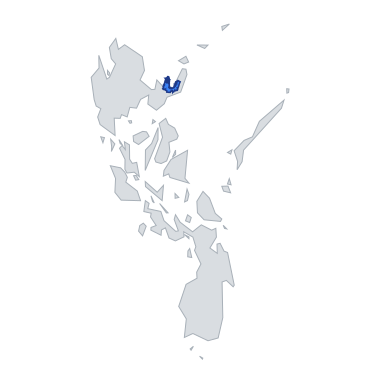 Zamboanga Sibugay, Zamboanga Sibugay, Philippines shown in context, rotated 179°
{"feature_id": "2640588B82865823535715", "entity_name": "Zamboanga Sibugay", "entity_type": "district", "adm_level": 2, "iso_a3": "PHL", "parent_name": "Philippines", "parent_adm1": "Zamboanga Sibugay", "projection": "robinson", "projection_center": [122.765, 7.61], "detail": "fine", "context": "in_parent", "style": "filled", "palette": "blue", "viewbox_px": 384, "rotation_deg": 179, "n_neighbors": 0, "source": "geoboundaries", "source_scale": "gbopen_adm2", "svg_char_len": 8380}
<svg xmlns="http://www.w3.org/2000/svg" viewBox="0 0 384 384"><g transform="rotate(179 192 192)"><path d="M178.6,43.0L193.6,50.5L202.2,46.7L199.9,65.2L207.3,77.8L199.5,99.8L188.5,105.7L188.7,111.8L184.3,119.9L190.5,133.6L189.1,137.2L191.9,146.9L201.0,152.4L200.8,147.3L209.5,143.4L215.8,146.4L219.2,156.6L223.2,154.6L223.7,149.3L233.8,154.6L233.6,157.3L228.4,159.1L233.9,167.8L233.2,171.5L240.5,173.3L238.8,184.2L235.1,181.4L236.5,176.1L223.5,173.1L220.5,163.8L208.9,152.9L206.3,153.4L210.3,164.9L208.9,169.6L204.4,162.0L192.1,152.2L183.3,159.0L173.0,153.5L168.8,155.3L168.4,146.4L175.1,135.7L167.8,130.2L167.9,139.5L164.8,140.2L161.0,132.3L157.5,130.9L151.4,98.1L152.5,96.5L159.2,103.0L163.5,101.5L163.4,65.9L168.4,45.6L178.6,43.0ZM267.9,249.8L282.7,261.0L285.0,268.6L281.7,276.9L286.3,279.6L288.2,286.1L290.8,308.4L282.8,317.6L282.8,330.3L275.2,306.4L272.5,308.1L266.1,321.4L270.4,326.7L272.1,338.0L265.5,346.9L263.1,335.9L256.8,340.4L239.3,328.1L237.4,314.3L242.0,304.9L230.8,295.1L227.3,295.3L225.2,304.7L219.1,297.8L213.9,301.8L212.9,297.3L209.3,296.4L199.5,315.4L195.9,314.9L195.0,309.5L201.6,292.1L215.3,287.2L218.2,280.7L226.1,274.4L234.6,280.7L233.6,289.7L241.8,285.5L246.0,276.8L252.7,277.7L255.5,268.2L261.1,270.6L262.5,266.9L268.5,267.2L267.9,249.8ZM223.7,261.1L217.0,266.1L214.4,260.0L208.2,256.2L204.8,248.3L206.3,245.1L214.2,242.1L213.4,232.4L216.8,223.5L222.4,221.0L227.6,222.6L228.8,225.9L220.5,247.3L223.7,261.1ZM263.0,185.1L269.1,193.0L268.2,206.9L273.2,219.7L262.9,217.4L258.8,212.9L256.4,207.8L258.0,203.0L246.7,193.9L243.6,184.2L263.0,185.1ZM194.9,200.9L213.8,206.9L215.0,210.5L220.4,208.3L219.6,214.1L212.4,224.9L195.7,233.8L198.8,205.8L194.9,200.9ZM123.4,261.5L98.4,282.3L101.1,274.2L139.7,233.0L141.4,221.4L146.5,213.5L145.9,221.9L149.2,232.5L139.0,242.7L130.6,246.1L123.4,261.5ZM164.0,162.1L180.4,164.0L186.9,171.1L187.3,182.6L181.0,192.4L174.6,185.5L169.1,170.2L162.7,164.5L164.0,162.1ZM249.4,212.8L256.7,212.1L258.7,215.9L258.4,225.8L263.7,237.0L261.1,239.7L257.9,235.6L258.7,243.4L253.7,240.2L253.8,225.9L251.2,221.7L246.8,222.6L244.4,208.3L249.4,212.8ZM224.8,257.0L225.1,244.9L238.4,214.4L237.8,234.8L231.5,241.2L224.8,257.0ZM249.9,249.1L240.2,253.5L236.4,252.9L233.9,248.4L244.6,240.4L249.5,243.5L249.9,249.1ZM222.0,183.9L238.4,198.2L238.6,203.3L226.8,192.4L220.4,199.2L222.0,183.9ZM244.8,159.4L241.2,161.7L238.4,158.6L242.2,149.0L246.1,153.8L244.8,159.4ZM203.2,323.5L195.7,327.8L193.1,322.0L197.8,320.2L203.2,323.5ZM153.4,190.5L160.4,192.3L162.1,197.2L155.9,197.3L153.4,190.5ZM194.9,161.5L199.0,163.3L196.8,169.3L193.2,166.5L194.9,161.5ZM176.8,335.3L184.5,338.9L173.5,338.6L176.8,335.3ZM272.4,246.2L268.3,241.4L271.9,233.9L271.5,238.4L272.4,246.2ZM199.6,182.2L196.9,195.0L195.1,189.7L196.7,183.5L199.6,182.2ZM158.8,353.1L159.3,357.0L151.7,359.3L158.8,353.1ZM197.4,127.3L197.1,133.1L195.3,135.5L193.4,126.5L197.4,127.3ZM211.0,226.9L207.7,234.2L207.7,230.0L211.0,226.9ZM156.4,199.4L154.5,204.7L152.8,198.5L156.4,199.4ZM250.1,209.3L247.5,209.5L245.0,205.3L248.1,204.8L250.1,209.3ZM209.0,186.0L209.0,190.8L205.3,186.8L209.0,186.0ZM282.3,248.8L278.6,247.9L280.2,242.8L282.3,248.8ZM218.0,171.5L224.6,181.1L216.3,171.6L218.0,171.5ZM155.8,230.9L151.3,233.5L152.6,229.2L155.8,230.9ZM230.6,261.0L229.8,265.1L227.3,263.0L230.6,261.0ZM231.6,183.2L233.1,188.9L229.9,181.7L231.6,183.2ZM95.5,293.6L93.2,293.3L93.7,289.7L95.4,289.2L95.5,293.6ZM254.3,264.2L251.4,264.4L251.1,262.2L252.8,261.8L254.3,264.2ZM274.4,315.1L272.3,312.5L273.0,309.9L274.4,311.1L274.4,315.1ZM160.1,155.0L161.4,158.2L157.9,154.5L160.1,155.0ZM262.9,241.5L264.1,245.7L260.9,240.5L262.9,241.5ZM196.6,35.1L193.3,37.7L195.7,33.8L196.6,35.1ZM200.3,149.6L195.8,147.1L195.9,145.4L200.3,149.6ZM184.5,24.7L187.3,27.7L184.1,25.7L184.5,24.7Z" fill="#d9dde1" stroke="#a8b0b8" stroke-width="1"/><path d="M202.2,302.5L202.2,302.3L202.5,302.2L202.7,302.8L203.0,303.1L203.8,303.5L203.9,303.4L204.0,303.3L204.1,303.1L204.3,302.8L204.6,302.7L204.6,302.8L204.8,302.6L205.0,302.4L205.0,302.5L204.9,302.7L204.9,302.8L205.2,302.4L205.3,302.4L205.2,302.3L205.3,302.2L205.4,302.3L205.5,302.0L205.8,301.7L205.5,301.7L205.8,301.4L205.9,301.7L206.0,301.4L206.2,301.6L206.1,301.8L205.8,302.3L205.5,302.5L205.9,302.5L206.1,302.1L206.3,302.1L206.4,301.7L206.6,301.7L206.7,301.2L206.9,301.0L207.0,300.7L206.9,300.7L206.9,300.8L206.6,300.8L206.3,300.8L206.4,300.7L206.0,301.0L205.9,301.0L205.6,300.9L205.4,300.6L205.6,300.6L205.7,300.3L205.8,300.1L206.2,299.8L206.3,299.7L206.3,299.4L206.7,299.5L206.4,299.2L206.5,299.1L206.5,298.9L206.8,298.8L206.8,298.6L206.8,298.4L207.0,298.3L207.1,298.0L207.4,298.0L207.3,297.8L207.5,297.7L207.8,297.1L208.2,297.0L208.2,296.8L208.3,296.7L208.5,296.9L208.6,296.7L209.0,296.6L209.1,296.4L209.3,296.3L209.4,296.5L209.4,296.4L209.3,296.2L209.8,296.0L210.1,295.8L210.3,295.9L210.4,296.0L210.5,296.3L210.6,296.2L210.5,295.9L210.6,296.0L210.7,295.9L210.8,295.8L210.9,296.0L211.1,295.8L211.2,296.1L211.2,295.9L211.4,295.9L211.6,296.3L211.9,296.4L211.9,296.6L212.2,296.4L212.2,296.6L212.7,296.6L212.8,296.4L213.1,296.6L213.3,296.9L213.2,297.0L213.4,297.4L213.3,297.2L213.0,297.3L213.2,297.5L213.1,297.8L212.9,297.9L212.9,298.1L212.7,298.4L212.8,298.6L212.8,298.9L213.0,299.3L212.8,299.8L212.9,300.1L212.8,300.4L212.9,300.5L213.0,300.4L213.1,300.5L213.3,300.7L213.3,300.9L213.5,301.1L213.4,301.2L213.6,301.6L213.6,301.8L213.6,302.0L213.4,302.1L213.1,301.9L213.2,301.7L212.8,301.6L212.8,301.8L212.8,302.3L212.7,302.4L212.6,303.2L213.0,302.8L213.2,302.7L213.2,303.0L213.4,303.0L213.5,303.2L213.4,303.5L213.3,303.8L213.3,304.0L213.7,303.8L213.8,303.8L213.9,304.0L214.2,303.5L214.4,303.6L214.5,303.3L214.6,303.2L214.6,302.8L214.3,302.7L214.2,302.5L214.3,302.4L214.8,302.3L214.9,301.6L215.2,301.5L215.5,301.6L215.7,301.9L215.7,302.2L215.8,302.4L215.9,302.5L216.0,302.5L216.1,303.0L216.3,303.1L216.4,302.8L216.6,302.8L216.6,303.0L216.8,303.1L216.8,303.3L217.0,303.5L217.1,303.3L217.0,303.2L217.1,302.5L217.2,302.4L217.3,301.9L217.5,301.6L217.7,301.2L217.8,300.9L217.9,300.7L217.7,300.3L217.8,300.0L217.7,299.9L217.7,299.6L217.9,299.6L218.0,299.6L218.3,299.6L218.3,299.3L218.1,299.3L218.1,299.1L218.3,298.9L218.1,298.9L218.0,299.1L217.9,299.1L218.0,298.9L217.9,298.9L218.0,298.9L218.2,298.6L218.3,298.8L218.4,298.4L218.6,298.3L218.6,298.2L218.8,298.4L218.9,298.0L218.9,297.6L219.0,297.3L218.9,296.9L219.0,296.3L219.4,295.9L219.1,295.7L219.1,295.2L218.8,295.0L218.5,295.2L218.5,295.4L218.2,295.1L217.6,295.1L217.5,295.3L217.3,295.2L217.3,295.3L216.8,295.5L217.2,295.1L216.9,294.9L216.8,295.0L216.9,294.4L216.6,294.4L216.6,294.2L216.3,294.1L216.2,293.9L215.4,293.6L215.5,292.3L214.3,292.2L213.5,292.0L211.9,292.0L211.9,292.3L211.6,292.6L211.7,292.8L211.4,293.3L210.9,293.3L210.6,293.4L210.6,293.5L210.4,293.6L210.4,293.4L210.1,293.1L209.9,293.2L209.9,292.9L209.5,292.4L209.5,292.2L209.3,292.5L208.9,292.7L208.5,292.5L208.0,293.3L208.0,293.2L207.8,293.4L207.5,293.5L207.1,293.4L206.5,293.6L206.3,294.2L205.7,294.2L205.8,294.1L205.7,293.8L204.9,293.9L204.3,295.4L205.0,296.3L204.1,296.6L203.7,297.3L203.7,298.0L203.4,298.2L202.9,300.2L201.9,302.4L202.2,302.5ZM215.2,304.2L215.1,303.8L215.0,304.0L214.9,304.1L214.9,304.8L214.8,305.3L214.7,305.4L214.6,305.7L214.3,305.2L214.3,304.6L214.0,304.3L213.6,303.9L213.1,304.3L213.0,304.9L212.9,305.0L213.0,305.3L212.8,305.6L212.8,306.0L212.9,306.3L213.1,306.3L213.1,306.2L213.2,306.3L213.2,306.2L213.3,306.2L213.3,306.3L213.1,306.5L213.1,306.8L213.1,307.1L213.2,307.4L213.4,307.6L213.7,307.7L213.8,307.7L213.7,307.5L214.0,307.0L214.4,306.9L214.6,306.8L215.0,306.8L215.2,306.6L215.2,306.2L215.5,306.2L215.4,306.1L215.7,306.2L215.9,306.4L216.1,306.3L216.2,306.0L215.9,306.0L215.8,305.9L215.6,305.8L215.5,305.7L215.8,305.4L216.6,305.7L216.2,305.1L216.0,304.8L215.8,304.9L215.9,304.7L216.0,304.8L216.1,304.7L215.7,304.2L215.5,304.3L215.2,304.2ZM214.2,307.6L213.9,307.8L214.1,307.9L214.3,307.8L214.2,307.6ZM213.5,302.0L213.5,301.9L213.4,301.8L213.4,302.0L213.5,302.0ZM216.4,303.4L216.4,303.5L216.5,303.6L216.5,303.4L216.4,303.4ZM213.0,301.2L212.8,301.3L213.0,301.3L213.0,301.2ZM205.2,302.6L205.1,302.8L205.3,302.6L205.2,302.6ZM207.8,298.2L207.7,298.2L207.8,298.3L207.8,298.2ZM212.8,305.1L212.7,305.1L212.8,305.2L212.8,305.1ZM218.6,299.8L218.7,300.0L218.7,299.9L218.6,299.8ZM205.8,301.5L205.7,301.5L205.8,301.5L205.8,301.5ZM218.2,300.8L218.1,300.7L218.2,300.8L218.2,300.8ZM205.8,300.5L205.7,300.5L205.8,300.5Z" fill="#3b82f6" stroke="#1e3a8a" stroke-width="1.5"/></g></svg>